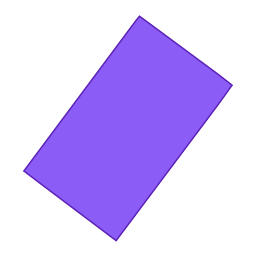 Banner, Nebraska, United States of America, rotated 307°
{"feature_id": "52423323B1452936307731", "entity_name": "Banner", "entity_type": "district", "adm_level": 2, "iso_a3": "USA", "parent_name": "United States of America", "parent_adm1": "Nebraska", "projection": "orthographic", "projection_center": [-103.858, 41.546], "detail": "fine", "context": "isolated", "style": "filled", "palette": "violet", "viewbox_px": 256, "rotation_deg": 307, "n_neighbors": 0, "source": "geoboundaries", "source_scale": "gbopen_adm2", "svg_char_len": 424}
<svg xmlns="http://www.w3.org/2000/svg" viewBox="0 0 256 256"><g transform="rotate(307 128 128)"><path d="M224.2,69.9L218.9,69.7L31.0,70.7L30.9,90.7L30.9,93.4L30.9,99.2L30.9,102.7L30.9,110.8L30.9,121.4L30.9,125.8L30.9,130.2L30.9,130.9L30.9,137.3L30.9,139.8L30.9,176.9L30.9,180.8L30.9,186.2L30.9,186.3L201.4,185.9L222.8,185.4L224.8,185.4L225.1,169.1L224.2,69.9Z" fill="#8b5cf6" stroke="#5b21b6" stroke-width="1.5"/></g></svg>